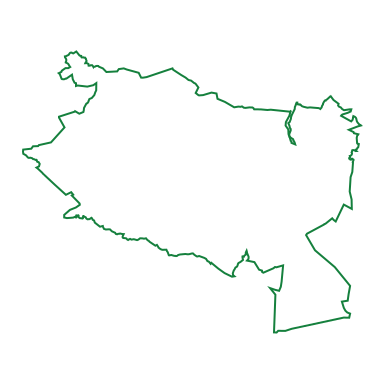 the district of Coquimatlán, Colima, Mexico
{"feature_id": "50627088B5887634213656", "entity_name": "Coquimatlán", "entity_type": "district", "adm_level": 2, "iso_a3": "MEX", "parent_name": "Mexico", "parent_adm1": "Colima", "projection": "orthographic", "projection_center": [-103.915, 19.176], "detail": "fine", "context": "isolated", "style": "outline", "palette": "green", "viewbox_px": 384, "rotation_deg": 0, "n_neighbors": 0, "source": "geoboundaries", "source_scale": "gbopen_adm2", "svg_char_len": 5835}
<svg xmlns="http://www.w3.org/2000/svg" viewBox="0 0 384 384"><path d="M234.4,276.3L233.1,275.2L232.8,273.3L233.8,270.4L234.5,269.5L235.4,267.6L237.1,266.5L237.8,264.7L237.9,264.0L238.5,263.0L240.4,262.0L243.0,259.9L242.5,257.6L242.5,256.4L242.8,256.3L243.4,256.3L243.9,256.6L244.5,255.5L245.7,254.7L245.8,252.5L246.6,250.8L246.9,251.9L247.0,252.8L248.6,256.8L248.6,257.6L248.5,258.9L247.0,260.6L254.4,262.1L259.1,269.7L262.0,270.6L262.1,271.9L263.3,272.7L273.4,268.3L275.0,267.0L276.4,267.3L283.1,265.4L281.6,281.7L280.8,286.8L279.1,290.8L275.4,289.9L270.1,288.1L275.4,294.7L274.0,332.4L276.6,332.5L278.2,330.8L285.3,330.9L291.7,328.8L343.7,317.6L349.2,317.7L350.1,313.6L347.3,312.5L345.4,310.7L343.8,307.8L341.9,301.6L347.7,300.7L348.6,294.2L350.1,285.9L334.8,267.1L315.0,250.3L306.1,235.1L307.0,233.7L324.1,224.5L324.3,224.1L325.4,223.8L332.2,218.3L333.6,219.9L335.7,221.5L343.8,204.6L351.8,208.9L351.6,199.5L349.7,191.6L350.6,177.1L352.3,172.0L353.0,162.6L352.7,162.2L353.6,159.9L353.5,159.7L353.1,159.7L352.5,158.8L352.2,158.7L351.5,158.9L351.0,159.7L350.3,159.6L349.5,158.7L349.2,158.6L349.2,158.0L350.1,157.2L349.8,156.0L350.4,155.9L351.6,154.8L352.0,153.7L351.9,152.8L351.6,152.5L352.0,151.5L352.2,150.4L352.5,150.4L353.0,150.0L354.8,150.5L355.0,150.7L355.2,150.8L355.3,150.5L355.8,151.0L356.2,151.0L355.4,150.3L356.0,150.1L356.0,149.6L356.6,149.5L357.5,147.8L357.8,147.7L358.2,147.3L358.8,144.1L358.0,144.0L357.9,143.7L357.4,143.6L357.1,143.2L356.7,137.9L357.2,135.7L357.6,135.1L357.9,135.0L358.3,134.3L353.9,133.2L353.6,132.1L348.9,129.8L357.8,126.4L361.0,125.5L360.5,125.0L359.4,124.6L357.5,122.4L356.8,121.1L356.2,118.4L355.8,117.7L354.9,116.8L353.5,116.2L353.5,116.8L353.0,117.1L353.0,118.1L352.6,119.8L351.2,121.4L341.1,115.8L341.5,115.2L342.4,114.5L347.8,112.8L350.2,111.7L350.3,111.4L350.7,111.4L351.3,109.3L349.9,109.3L344.0,110.2L342.1,109.0L340.9,107.5L338.8,106.5L338.1,105.4L338.6,103.8L333.5,100.0L331.0,96.6L330.9,96.8L330.2,96.5L327.5,99.0L326.5,99.8L325.5,100.3L325.5,100.6L324.8,100.6L323.8,102.1L323.0,103.7L323.0,104.4L322.0,106.0L321.6,107.5L320.3,109.0L319.7,108.5L318.6,108.1L310.0,107.4L307.4,107.7L303.7,106.8L302.0,106.2L301.1,105.4L300.8,104.9L300.5,104.8L300.2,104.8L298.7,104.5L298.9,104.3L297.2,104.1L297.3,102.6L296.6,102.6L296.1,103.7L295.5,105.7L294.9,106.9L294.7,109.1L291.8,115.0L291.1,117.0L290.9,118.8L289.7,122.0L288.3,123.1L289.5,125.9L289.9,127.9L290.7,129.0L290.7,130.5L289.2,134.3L289.5,136.0L290.6,137.6L293.1,139.2L293.5,140.4L294.6,142.4L295.2,144.4L291.5,142.9L291.4,141.3L290.7,140.9L289.7,137.3L289.4,137.1L288.5,134.0L288.3,129.5L285.6,125.6L285.9,122.1L289.4,115.7L290.3,112.2L290.7,111.3L290.6,111.2L290.2,111.6L289.1,111.6L270.7,109.7L267.4,110.0L260.8,109.4L254.1,109.3L253.5,108.2L252.5,107.5L249.4,107.4L245.5,107.9L243.8,107.7L242.0,106.4L240.6,106.8L238.4,106.6L234.2,107.3L224.9,101.9L217.5,98.8L216.5,93.5L211.5,92.6L203.1,95.1L199.0,95.4L198.2,95.0L195.7,93.0L198.4,87.5L195.7,83.9L195.1,83.4L194.1,83.0L191.1,80.6L188.5,80.0L185.6,77.6L181.2,75.0L173.1,69.7L172.5,68.4L146.6,77.1L142.8,77.7L141.1,77.6L138.7,72.8L126.7,69.5L123.8,68.4L118.8,69.1L117.2,71.4L106.4,72.0L102.9,68.4L98.9,66.7L98.3,66.0L97.0,65.9L95.9,66.1L94.7,66.8L93.5,66.8L93.4,67.0L93.0,66.2L92.1,65.2L90.4,65.3L89.9,65.7L88.6,65.7L88.4,63.9L86.8,63.1L85.3,63.2L85.6,62.5L86.5,61.3L86.5,60.6L85.9,59.3L85.9,58.7L85.0,57.6L84.1,57.7L83.5,57.3L83.1,57.3L81.9,57.5L81.6,57.4L81.2,56.6L81.2,55.9L79.6,55.6L76.3,51.5L73.3,53.4L72.3,53.1L71.7,52.6L70.9,52.6L70.2,52.8L69.6,53.4L68.6,54.9L65.7,56.3L64.9,56.4L65.0,57.3L65.9,58.6L66.3,59.6L66.2,61.2L65.8,61.9L65.7,62.5L67.6,63.4L68.3,64.0L69.7,66.4L70.2,67.0L68.3,68.1L65.5,68.1L61.8,70.7L61.4,71.9L58.7,73.2L58.9,73.4L59.6,73.7L61.6,78.8L62.0,79.1L63.9,79.3L64.9,79.0L65.5,78.6L66.4,78.6L72.0,74.7L72.8,79.3L74.6,82.8L76.0,83.2L76.0,86.0L77.6,85.5L87.3,86.6L93.3,85.2L96.3,83.1L96.2,90.4L95.3,92.2L94.3,95.1L91.8,98.0L89.4,99.0L88.5,101.1L88.5,101.6L87.4,103.2L87.0,103.2L86.3,103.7L84.0,108.0L83.8,110.2L83.4,112.0L79.3,113.7L75.1,111.2L74.9,111.6L59.0,116.7L59.0,117.6L64.5,127.4L51.0,142.4L38.9,145.1L38.1,146.1L33.0,146.3L31.3,148.7L23.2,149.6L23.0,151.6L23.3,153.8L26.0,155.3L27.9,157.5L28.9,157.9L30.3,157.7L32.1,158.2L33.1,159.1L33.8,159.1L35.8,160.0L36.4,159.8L36.8,160.2L36.8,160.8L37.3,161.8L38.6,162.1L39.7,163.9L39.0,166.4L36.5,167.6L37.7,168.5L42.3,172.8L42.9,173.6L55.1,185.0L65.9,194.8L71.2,192.2L73.2,194.7L71.8,195.5L79.6,203.5L79.8,204.8L75.9,207.5L69.9,209.9L64.2,214.9L64.2,217.5L66.9,218.1L73.2,217.6L74.8,216.9L76.0,217.5L76.2,217.2L76.0,216.5L76.4,216.2L76.2,215.9L76.2,215.5L76.9,215.3L77.4,215.7L77.9,215.8L78.4,215.4L78.6,215.6L78.6,216.2L78.3,217.0L79.8,218.1L82.6,218.5L83.0,218.1L82.8,217.2L83.3,216.0L83.6,216.0L83.9,216.6L85.6,217.2L86.3,218.5L87.5,219.3L89.6,219.1L91.4,217.8L92.1,218.4L92.7,219.8L94.1,220.5L94.8,222.6L100.0,226.7L102.8,226.0L102.9,226.7L104.0,228.9L105.9,229.5L108.7,229.3L110.0,229.4L111.9,231.3L115.2,232.8L115.8,233.9L117.1,234.3L118.2,233.8L119.3,233.8L120.0,233.5L122.1,234.0L123.7,234.1L122.7,236.3L122.6,237.2L122.8,237.7L123.4,238.0L126.1,238.3L126.5,238.6L127.1,239.4L128.1,240.0L129.3,239.2L129.7,239.2L130.1,238.9L131.5,239.6L133.8,239.2L137.1,240.1L138.4,239.6L140.1,238.3L142.6,238.4L144.0,238.7L146.0,238.3L147.1,239.7L148.0,240.5L148.6,240.7L149.6,241.8L155.4,245.7L156.9,244.9L158.2,246.8L158.4,247.5L159.9,248.7L161.1,249.4L162.3,249.8L166.4,249.7L167.0,251.2L167.7,252.1L168.8,255.2L169.1,255.4L171.3,255.0L174.4,255.9L175.4,255.9L176.0,256.1L177.0,255.9L178.2,255.0L180.0,254.5L185.3,254.0L187.8,254.3L189.1,254.2L191.8,253.5L192.9,253.4L194.5,254.9L196.6,256.3L197.1,256.5L197.8,256.4L199.1,256.0L204.3,257.9L206.1,258.9L207.5,261.2L208.2,261.3L209.0,261.8L210.6,263.8L211.3,262.8L218.3,268.6L224.6,273.1L232.0,276.7L234.4,276.3Z" fill="none" stroke="#15803d" stroke-width="2"/></svg>